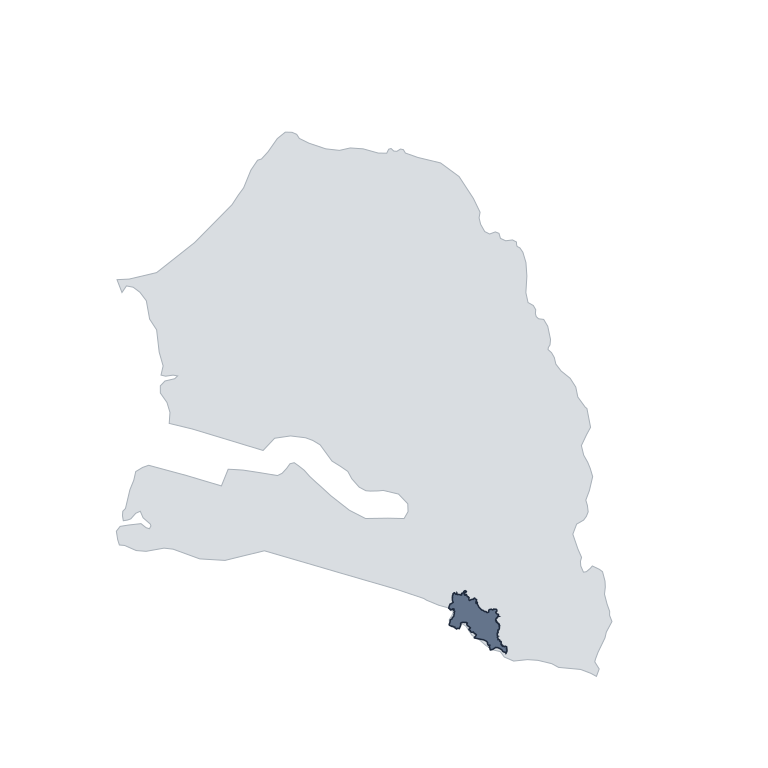 Salemata, Kédougou, Senegal (highlighted), rotated 16°
{"feature_id": "50182788B75788529380727", "entity_name": "Salemata", "entity_type": "district", "adm_level": 2, "iso_a3": "SEN", "parent_name": "Senegal", "parent_adm1": "Kédougou", "projection": "robinson", "projection_center": [-12.812, 12.604], "detail": "fine", "context": "in_parent", "style": "filled", "palette": "slate", "viewbox_px": 768, "rotation_deg": 16, "n_neighbors": 0, "source": "geoboundaries", "source_scale": "gbopen_adm2", "svg_char_len": 8847}
<svg xmlns="http://www.w3.org/2000/svg" viewBox="0 0 768 768"><g transform="rotate(16 384 384)"><path d="M585.8,351.6L594.5,368.7L592.7,376.8L590.7,388.8L595.6,397.4L601.4,403.1L605.5,408.3L610.1,415.5L610.8,429.8L610.0,440.0L613.0,444.7L615.5,450.6L615.0,455.5L613.4,459.8L607.8,465.6L606.9,476.3L615.9,489.2L621.7,496.2L621.7,500.3L623.3,504.7L627.6,509.9L630.2,508.7L633.1,504.4L634.4,501.5L642.2,502.8L645.8,504.2L650.8,512.6L652.7,518.2L653.9,525.3L659.1,534.1L663.6,540.4L664.6,544.2L668.6,549.5L666.1,561.2L666.4,567.2L663.7,582.8L663.1,590.2L663.2,593.0L669.4,598.6L668.8,606.5L662.5,605.1L651.6,604.2L629.9,608.3L622.4,606.6L608.1,607.2L597.9,609.4L585.0,614.6L574.9,613.3L569.5,609.2L562.4,609.5L554.3,607.4L545.7,603.4L537.9,601.4L529.5,594.2L525.5,592.9L522.7,594.8L520.4,597.2L518.0,598.7L513.4,597.4L511.7,592.5L513.1,587.8L513.5,584.2L511.4,582.2L506.2,581.5L497.9,581.6L484.5,580.1L481.4,579.2L451.3,577.9L420.1,577.8L393.7,577.7L360.3,577.5L336.9,577.4L315.0,577.3L298.1,586.9L279.8,597.4L255.1,602.9L226.8,600.9L217.8,602.4L208.4,607.0L201.5,610.4L191.7,612.4L179.1,610.7L174.0,611.7L170.9,607.0L167.3,599.3L169.6,593.6L177.3,590.0L188.9,585.2L194.9,587.7L198.4,587.8L199.1,584.7L198.0,583.1L189.3,579.0L184.8,573.5L181.0,576.7L177.8,583.4L175.1,585.4L171.1,587.3L168.9,582.7L168.0,578.3L169.8,574.9L168.9,555.7L170.0,545.5L169.5,536.6L175.0,530.7L180.2,527.0L200.4,526.7L219.2,526.4L237.4,526.6L255.8,526.8L257.7,508.9L263.6,507.5L272.3,505.6L288.6,503.5L306.8,501.4L310.7,497.9L313.7,491.9L315.6,486.6L319.4,484.4L324.5,486.2L331.1,488.9L338.0,493.3L345.9,497.3L351.2,499.8L363.8,506.1L385.5,514.9L403.3,518.4L424.8,511.9L440.4,507.8L442.3,500.1L439.9,492.6L428.3,485.8L412.6,486.5L407.8,488.4L400.4,490.7L396.0,491.6L388.6,490.0L379.2,484.0L373.3,478.0L365.0,475.2L355.2,472.4L339.4,460.1L331.2,457.9L323.4,457.3L308.4,459.7L293.8,466.3L286.1,481.2L271.5,481.0L240.4,480.5L211.9,480.1L188.4,481.1L186.1,470.3L180.5,461.6L171.5,454.3L169.5,447.4L172.6,441.5L181.4,436.6L183.4,433.1L178.8,433.6L171.9,436.7L167.2,436.9L166.7,427.5L159.1,415.3L150.5,394.6L140.8,386.2L132.6,369.5L124.1,363.1L116.2,360.1L109.4,360.7L106.9,368.3L98.6,357.3L110.1,353.4L134.7,339.6L163.0,300.2L188.5,253.5L191.9,242.5L195.0,234.1L197.1,215.1L200.8,203.7L204.2,201.5L208.5,192.8L213.8,177.5L219.7,169.1L226.2,167.4L231.3,168.1L234.9,171.3L245.5,173.2L263.2,174.0L276.8,171.7L286.5,166.4L299.1,163.7L314.8,163.6L323.0,161.4L323.8,157.0L325.9,155.7L329.2,157.4L332.2,156.8L335.1,153.6L338.0,153.4L340.9,156.1L354.0,156.9L377.4,155.9L399.0,163.9L418.8,181.0L429.0,192.4L429.6,198.1L432.9,203.9L438.8,209.7L444.2,210.7L449.1,207.1L453.0,207.5L455.8,211.9L461.5,212.8L467.8,210.1L472.2,211.0L473.1,213.7L474.1,215.1L477.1,215.7L481.2,219.1L487.0,228.2L491.6,240.9L495.2,257.1L500.0,266.0L505.9,267.4L509.4,270.8L510.1,274.6L511.8,277.3L514.6,278.7L519.7,277.9L525.5,283.4L531.8,295.3L532.8,300.7L531.9,303.6L532.2,305.7L536.4,307.7L540.4,311.6L543.7,317.5L550.7,322.7L561.4,327.2L569.2,334.1L573.9,343.1L583.8,350.8L585.8,351.6Z" fill="#d9dde1" stroke="#a8b0b8" stroke-width="1"/><path d="M509.4,565.2L509.2,565.3L508.8,565.7L508.6,565.8L508.6,566.3L508.4,566.6L508.1,566.8L508.2,567.1L508.5,567.6L508.4,567.9L508.2,568.3L508.3,568.4L508.3,568.8L508.5,570.4L508.7,570.7L508.8,570.7L508.8,571.3L509.1,572.1L509.3,572.9L509.9,573.8L510.4,574.4L510.7,574.8L510.5,575.1L509.8,575.8L509.4,576.5L509.1,576.7L508.5,577.1L508.2,577.3L508.0,579.2L507.9,580.6L507.8,581.1L507.6,581.4L508.1,581.1L508.2,581.3L508.2,581.8L509.2,581.9L509.5,582.3L509.5,582.5L509.9,582.7L510.3,582.5L510.4,582.8L510.6,582.9L510.7,582.2L511.9,581.9L512.1,581.1L512.3,581.0L512.7,581.1L513.3,581.0L513.5,581.2L513.5,581.4L513.2,581.8L513.2,582.1L513.8,582.7L514.0,582.8L514.4,582.9L514.6,583.0L514.6,583.9L514.3,584.4L514.6,584.8L515.0,585.5L514.8,586.5L515.0,587.1L515.1,587.9L514.9,588.6L514.1,589.6L514.1,590.9L514.0,591.3L513.1,592.0L512.7,592.6L512.7,592.9L513.0,593.4L513.1,595.0L513.1,595.7L512.9,596.5L512.9,597.2L513.1,597.4L513.2,597.7L513.4,597.9L514.0,598.0L515.3,598.1L515.6,598.4L516.0,598.1L516.4,598.0L516.6,598.1L516.9,598.2L517.1,598.0L517.6,598.3L519.0,598.2L519.0,598.4L519.4,598.9L520.1,599.1L520.5,599.1L520.7,599.3L521.4,599.5L521.6,599.2L521.7,598.9L522.1,598.6L522.4,598.5L522.8,598.5L523.3,598.4L523.8,598.4L524.2,595.6L524.3,595.2L524.0,594.5L524.2,594.2L524.1,593.5L523.6,593.1L523.6,592.9L523.7,592.7L524.2,592.0L524.6,591.8L524.9,591.8L525.2,591.6L525.3,591.4L526.0,591.2L526.9,591.2L527.1,590.9L527.5,590.8L528.2,590.8L528.5,590.5L528.9,590.5L529.2,590.7L530.0,590.8L530.0,591.2L529.8,591.3L529.7,591.5L529.7,591.9L530.2,592.8L531.4,593.5L531.7,593.5L532.5,593.9L532.9,593.9L533.4,594.3L534.1,594.4L534.3,594.6L534.2,595.0L533.2,596.2L533.3,596.7L535.0,597.3L535.1,597.8L536.1,598.5L536.7,598.5L537.5,598.3L538.0,597.9L538.3,597.8L539.6,598.9L540.1,599.1L540.4,598.9L540.8,599.0L541.9,599.7L541.8,600.4L541.5,601.3L540.7,602.7L540.7,603.0L540.9,603.2L549.2,602.6L549.6,602.4L551.8,602.7L553.6,603.1L553.7,603.3L554.0,603.4L554.5,603.8L555.0,604.2L555.0,604.4L555.1,604.6L555.0,605.1L555.4,605.6L556.1,606.1L556.3,606.4L556.7,606.4L557.3,606.1L557.4,605.9L557.8,605.9L557.8,606.1L557.8,606.5L557.6,606.8L557.7,607.0L557.8,607.6L557.9,607.8L557.8,608.1L558.0,608.2L558.5,608.5L558.6,608.8L558.8,609.2L559.3,610.2L559.5,610.3L559.6,610.2L559.8,610.3L560.1,610.2L560.3,609.8L561.0,609.6L561.5,609.3L561.7,609.0L562.2,608.6L562.3,608.3L563.3,607.3L564.0,606.4L565.3,606.3L565.9,606.0L566.1,606.0L566.5,606.1L567.4,606.3L567.9,606.3L569.2,606.7L570.2,606.9L570.6,607.1L571.6,608.1L572.0,608.3L573.2,608.6L574.3,608.5L574.7,608.6L575.2,609.0L575.5,609.4L575.6,609.2L575.4,608.5L575.6,608.1L575.9,607.6L575.9,607.4L575.6,607.3L575.5,607.2L575.5,606.6L575.7,606.1L575.3,605.2L574.7,604.9L574.9,604.1L574.6,603.9L574.5,603.2L574.3,602.8L573.6,602.7L573.1,602.7L572.9,602.6L572.6,602.7L572.5,603.1L572.3,603.3L571.5,603.2L570.8,603.4L570.5,603.5L570.3,603.4L570.3,603.1L570.0,603.3L569.8,603.2L569.7,602.6L569.3,602.7L569.1,602.7L568.9,602.5L568.9,602.2L568.7,602.3L568.4,602.2L568.1,601.3L568.1,600.6L567.9,600.2L567.7,599.5L567.5,599.3L566.9,599.4L566.7,599.5L566.5,599.4L566.4,599.2L566.1,599.2L566.0,598.4L565.8,598.3L565.2,598.0L564.9,598.1L564.3,598.0L564.2,598.2L564.0,598.3L563.9,598.1L563.8,597.2L563.1,596.3L562.9,596.3L562.9,595.3L563.1,595.1L562.7,595.1L562.3,594.8L562.3,594.1L561.9,593.6L561.8,593.2L561.6,592.7L561.6,592.1L562.0,592.0L562.0,591.6L562.2,591.4L562.1,591.2L562.0,590.8L561.9,590.6L561.6,590.6L561.5,590.4L561.6,589.7L561.4,589.6L561.3,589.4L561.4,589.0L561.8,588.9L562.2,588.6L562.2,588.1L562.3,587.6L562.3,587.2L562.2,587.1L562.2,586.7L562.1,586.2L561.7,585.7L561.5,585.2L561.4,585.0L561.9,584.6L561.8,584.4L561.6,584.4L561.4,584.6L561.3,584.3L561.3,584.0L561.1,583.3L560.8,583.0L560.4,583.3L560.1,583.0L559.9,582.6L559.6,582.8L559.1,582.5L558.6,582.0L558.5,581.7L558.3,581.6L558.2,582.0L557.9,582.1L557.7,581.8L557.3,581.5L557.2,580.8L556.9,580.9L556.7,580.6L556.9,580.2L556.3,580.0L556.4,579.5L556.3,579.2L556.4,578.8L556.5,578.7L556.6,578.0L557.1,577.9L557.2,577.7L557.1,577.1L557.2,576.9L557.5,576.7L557.4,575.9L557.7,575.7L558.0,575.8L558.3,575.8L558.5,575.7L558.0,575.6L557.7,575.0L557.7,574.3L557.4,573.9L555.9,573.9L555.0,573.3L554.6,573.1L554.3,572.5L554.5,572.2L555.0,571.7L555.1,571.3L555.0,570.8L554.8,570.2L554.5,569.9L554.0,569.6L553.3,569.7L552.7,570.0L551.6,570.0L551.1,570.9L550.8,571.1L550.4,571.2L549.4,570.9L549.0,570.9L548.7,571.2L548.2,571.5L547.4,571.8L547.2,572.3L547.1,573.0L547.2,573.6L547.4,573.9L547.5,574.1L547.4,574.3L547.4,574.5L546.4,575.2L546.1,575.3L545.8,575.3L545.5,575.2L545.0,574.7L544.7,574.6L544.0,574.8L543.3,575.0L541.7,574.3L541.3,574.2L540.9,574.4L540.4,574.4L539.8,574.1L539.4,573.8L539.1,573.7L538.2,573.2L537.5,572.7L537.0,572.5L536.7,572.3L535.7,571.1L534.4,569.9L534.2,569.6L534.2,569.2L534.0,568.3L533.7,568.1L533.6,568.8L533.3,569.2L533.0,569.4L532.7,569.2L532.5,568.5L532.4,567.4L532.4,566.9L532.6,566.1L532.4,565.7L531.0,565.5L530.2,564.8L529.8,564.9L529.5,565.6L529.1,566.1L529.1,566.4L528.7,566.4L528.5,566.5L527.7,567.0L527.2,567.1L526.1,568.4L525.9,568.5L525.4,568.3L525.1,567.9L524.8,567.2L524.7,566.4L524.7,566.1L524.6,565.8L524.1,565.7L523.6,565.3L522.8,565.5L521.4,563.8L521.0,563.6L520.8,563.6L520.8,564.2L520.5,564.6L520.2,564.7L519.9,564.7L519.7,564.6L519.4,564.3L519.3,564.0L519.1,563.9L519.0,563.2L519.0,562.6L520.4,561.2L520.5,560.9L520.3,560.6L519.0,560.3L518.8,560.6L518.4,560.7L518.3,560.9L517.9,561.5L517.7,562.6L517.6,562.9L517.2,563.4L516.4,563.8L516.3,564.0L516.4,564.5L516.8,565.2L516.6,565.5L516.2,565.8L515.7,565.7L515.0,565.5L514.6,565.6L513.3,565.8L512.9,566.1L512.5,566.2L512.1,565.9L511.9,565.6L511.7,564.8L511.6,564.7L511.6,565.5L511.6,566.1L511.1,566.4L510.0,565.8L509.7,565.6L509.4,565.2Z" fill="#64748b" stroke="#1e293b" stroke-width="1.5"/></g></svg>